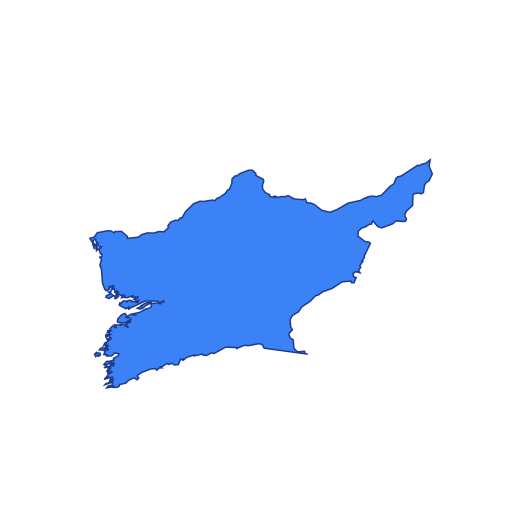 map outline of Maranhão (Equal Earth projection), rotated 235°
{"feature_id": "BRA-593", "entity_name": "Maranhão", "entity_type": "State", "adm_level": 1, "iso_a3": "BRA", "parent_name": "Brazil", "parent_adm1": "", "projection": "equal_earth", "projection_center": [-45.076, -5.686], "detail": "fine", "context": "isolated", "style": "filled", "palette": "blue", "viewbox_px": 512, "rotation_deg": 235, "n_neighbors": 0, "source": "natural_earth", "source_scale": "10m", "svg_char_len": 6029}
<svg xmlns="http://www.w3.org/2000/svg" viewBox="0 0 512 512"><g transform="rotate(235 256 256)"><path d="M228.7,65.6L231.3,62.7L231.3,64.7L231.9,64.3L231.8,62.1L233.6,58.1L234.2,60.3L233.5,61.8L234.6,61.8L233.0,62.2L232.9,64.0L234.9,66.3L237.2,58.4L237.6,60.1L235.9,63.1L235.9,64.7L236.8,62.7L237.0,64.4L236.1,66.8L237.2,65.6L236.6,67.9L237.3,67.4L238.1,64.4L238.6,67.0L238.0,67.7L239.0,69.7L239.0,67.5L239.8,67.6L241.8,61.5L242.6,62.6L241.4,66.5L242.8,64.4L243.9,67.5L243.3,71.4L245.0,71.0L245.3,67.5L246.3,67.8L246.2,69.7L247.4,67.3L247.2,70.9L248.4,69.1L247.9,73.5L251.4,68.3L250.5,68.3L251.5,68.1L251.6,70.7L249.9,71.5L249.4,75.6L248.7,75.4L248.3,75.6L247.5,76.8L248.8,75.9L248.6,77.4L250.0,77.2L250.1,79.1L250.4,75.2L251.3,74.1L251.0,75.6L251.9,74.7L253.3,69.5L254.4,69.1L255.3,73.5L252.3,76.5L253.6,76.2L252.0,79.7L252.3,80.6L252.5,79.1L253.9,80.7L253.2,85.9L254.5,87.6L257.7,84.6L256.9,80.6L259.6,76.4L260.3,77.4L261.8,75.6L262.2,76.3L261.4,76.5L262.2,76.5L262.7,74.1L262.9,76.2L264.5,76.8L264.8,78.2L264.1,77.9L265.8,79.1L264.1,80.5L264.1,81.5L265.8,81.2L266.2,77.2L269.0,73.8L269.5,76.5L267.5,79.2L267.5,81.5L266.2,81.5L267.4,83.5L266.9,83.8L267.6,83.7L268.4,81.5L269.6,83.2L270.2,82.9L269.5,82.1L269.9,80.0L270.8,82.6L271.0,81.5L271.4,82.2L271.0,85.9L272.0,86.8L270.4,88.3L271.9,87.5L272.1,86.9L271.9,85.9L274.0,86.5L270.8,90.6L273.3,89.4L275.0,90.5L275.8,86.5L277.5,87.6L275.6,91.7L276.8,91.1L277.5,92.0L278.3,90.6L278.4,92.6L279.3,91.1L279.8,91.7L277.8,94.4L280.0,94.1L281.0,98.4L276.9,100.3L280.8,100.5L277.2,105.2L276.0,105.3L277.8,105.7L275.7,108.5L274.0,108.8L274.5,110.0L272.7,109.4L270.3,110.6L273.7,110.0L274.3,111.4L275.4,110.2L273.6,115.8L275.4,113.9L275.5,116.6L275.8,117.0L276.5,110.2L280.7,104.9L281.9,104.8L283.9,107.0L285.0,112.9L284.0,115.8L281.5,115.8L280.3,114.3L279.0,115.3L278.4,116.4L280.4,115.3L280.0,120.0L275.7,124.0L279.4,121.7L276.5,128.4L275.9,135.2L274.7,137.9L274.5,141.2L276.7,142.5L276.8,143.6L273.6,149.0L271.7,149.9L272.3,153.7L271.2,154.3L272.3,154.5L272.9,150.3L275.6,149.3L282.8,139.3L285.0,125.5L285.4,127.0L285.3,121.3L286.6,121.4L287.4,123.4L287.3,119.2L294.2,115.7L295.6,117.6L293.5,118.2L294.5,118.4L294.8,120.2L295.2,118.7L295.0,122.3L292.6,124.1L293.2,124.4L292.2,127.3L290.8,128.2L289.8,127.3L290.2,128.4L285.8,132.2L286.1,134.0L286.6,132.0L287.1,134.3L288.4,131.4L289.6,132.6L290.6,131.1L291.0,133.2L289.6,134.9L290.2,135.8L293.4,130.7L294.3,131.4L293.9,133.2L295.8,126.4L297.3,124.7L298.3,125.5L297.9,124.3L299.0,122.0L300.4,125.8L300.4,123.1L304.6,121.3L305.3,119.0L305.4,122.6L307.4,122.0L306.7,120.2L307.9,119.0L307.2,120.5L308.1,119.9L310.6,121.3L311.3,117.3L312.6,122.0L313.5,120.8L314.0,122.3L313.6,119.4L315.0,119.4L313.7,117.6L315.3,118.2L312.9,115.5L313.5,113.4L315.4,113.0L322.0,114.8L334.1,122.0L337.9,122.7L341.7,127.4L344.7,127.3L344.0,129.5L345.8,130.8L346.9,129.9L351.8,131.1L351.7,133.5L352.6,133.1L352.5,134.3L353.6,132.9L357.5,132.9L357.5,134.0L359.7,133.3L361.9,134.5L362.1,131.7L359.8,129.7L365.8,130.0L364.3,134.3L366.1,139.5L361.7,149.0L360.0,151.4L356.4,153.0L357.0,154.4L353.2,160.0L345.7,161.9L344.2,160.8L339.0,170.2L339.0,175.1L337.1,180.5L333.5,185.2L331.8,190.4L328.6,194.5L329.4,200.2L331.5,201.5L332.7,205.6L331.5,210.6L329.9,212.4L330.5,215.6L329.8,217.5L332.8,223.8L334.6,234.8L333.0,241.6L330.8,244.2L326.7,252.6L325.0,253.7L325.6,257.5L324.8,260.0L324.9,266.6L326.3,270.6L325.8,272.2L329.3,277.8L333.0,280.7L333.6,284.9L332.7,286.0L332.7,290.5L330.5,299.2L328.3,302.3L323.9,303.2L321.9,302.1L314.8,305.9L312.9,305.4L310.4,301.9L306.8,299.8L302.5,300.0L298.4,302.4L297.3,301.4L294.9,302.9L294.5,305.3L293.0,304.8L293.5,306.4L291.3,307.7L289.9,311.5L288.3,312.8L287.0,317.0L280.6,320.2L275.2,326.8L274.4,329.2L270.6,328.1L267.7,331.5L264.4,333.4L255.9,336.0L249.8,341.3L249.0,343.0L247.5,349.4L246.5,361.7L241.5,373.7L241.0,379.1L240.0,380.1L240.5,381.1L238.8,385.0L235.4,388.9L233.8,393.8L236.1,405.5L236.1,410.4L239.3,415.2L239.6,417.5L238.3,420.6L237.6,440.5L236.3,441.4L236.3,444.0L234.6,448.1L234.9,453.9L230.4,449.3L222.2,447.6L218.4,441.0L218.5,437.4L217.5,434.8L212.0,429.6L212.1,426.9L214.2,425.6L216.3,421.3L216.0,419.6L207.6,413.3L206.5,405.4L205.0,402.3L203.2,400.8L200.2,400.6L198.8,399.0L199.4,396.9L204.6,390.5L203.9,386.6L206.9,375.2L210.3,372.6L217.6,371.9L215.9,368.5L216.9,367.3L217.1,362.3L218.3,358.7L217.6,354.0L213.9,350.9L205.5,353.5L202.5,356.6L200.7,356.9L193.8,344.6L192.5,343.9L191.4,339.9L190.4,340.6L188.4,335.3L186.6,335.2L185.4,331.6L182.6,331.6L185.9,328.8L186.0,325.5L182.7,324.0L180.9,325.7L177.8,320.8L179.6,318.8L181.1,319.3L185.4,311.8L185.8,299.7L188.4,290.3L188.3,284.8L189.3,281.6L187.8,274.3L188.1,264.3L185.9,258.8L186.4,252.2L185.5,249.6L184.2,247.5L178.3,243.8L174.6,243.5L173.8,239.1L172.7,237.9L169.5,237.0L165.9,238.4L158.7,234.1L153.7,235.0L150.1,241.1L147.9,240.2L145.9,242.1L175.8,209.8L180.2,210.3L182.7,207.7L186.8,198.5L189.6,195.1L191.3,187.1L192.0,187.7L198.7,179.0L200.2,165.8L202.2,163.9L202.9,158.5L205.0,155.9L206.7,155.5L208.7,149.9L209.9,149.0L209.6,147.8L210.7,147.8L212.7,141.3L212.4,136.8L213.3,137.3L213.3,136.0L214.8,135.1L211.7,130.2L212.0,129.3L213.5,126.7L216.3,125.6L217.3,122.2L219.2,121.2L219.2,116.2L219.9,114.1L218.5,114.6L219.7,112.6L219.4,109.1L221.3,109.2L224.0,104.6L226.1,95.5L226.3,91.0L225.7,89.9L223.3,90.1L222.8,87.5L225.7,86.4L226.5,84.8L227.2,80.3L226.5,76.5L228.9,70.6L227.6,68.7L228.7,65.6ZM281.3,128.8L280.2,134.3L281.3,132.6L280.7,139.3L277.5,144.0L278.6,138.0L278.2,132.9L279.1,130.5L281.3,128.8ZM308.4,109.4L309.3,110.7L308.2,115.7L305.1,116.6L305.6,111.0L308.4,109.4ZM268.2,67.4L268.4,69.7L267.3,68.8L268.0,70.0L265.9,72.5L264.2,71.9L264.1,69.6L264.6,69.3L264.9,70.9L265.6,66.9L268.2,67.4ZM358.8,128.8L359.3,130.5L357.4,131.1L356.9,128.8L354.2,127.6L358.8,128.8ZM301.7,120.3L301.4,116.8L302.2,116.1L302.5,118.1L303.7,117.0L304.3,117.8L303.9,119.8L302.6,120.6L301.7,120.3ZM351.9,128.4L355.4,130.1L356.8,131.7L352.2,130.1L351.9,128.4ZM308.9,115.1L311.1,114.5L310.1,116.7L308.9,115.1Z" fill="#3b82f6" stroke="#1e3a8a" stroke-width="1.5"/></g></svg>